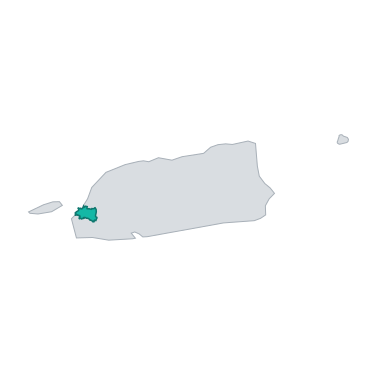 Naguabo, Puerto Rico (highlighted), rotated 168°
{"feature_id": "32010507B83389329504851", "entity_name": "Naguabo", "entity_type": "district", "adm_level": 2, "iso_a3": "PRI", "parent_name": "Puerto Rico", "parent_adm1": "", "projection": "robinson", "projection_center": [-65.745, 18.235], "detail": "fine", "context": "in_parent", "style": "filled", "palette": "teal", "viewbox_px": 384, "rotation_deg": 168, "n_neighbors": 0, "source": "geoboundaries", "source_scale": "gbopen_adm2", "svg_char_len": 3216}
<svg xmlns="http://www.w3.org/2000/svg" viewBox="0 0 384 384"><g transform="rotate(168 192 192)"><path d="M252.4,162.0L256.3,164.8L260.0,164.4L257.0,158.6L259.8,158.6L283.5,162.2L298.8,168.2L314.6,171.1L315.5,190.9L303.4,198.9L295.5,207.1L289.1,217.3L272.1,229.1L251.6,232.7L238.0,233.0L233.0,232.6L228.0,230.6L217.7,232.5L205.0,227.3L194.2,228.6L172.6,227.4L164.5,231.9L156.7,232.9L149.1,232.1L142.6,230.1L126.6,230.2L119.8,226.3L122.7,203.7L122.9,193.5L119.0,185.1L114.7,179.7L111.6,173.5L117.9,169.3L123.1,163.3L124.7,154.3L130.4,152.0L137.0,151.0L167.6,155.2L245.1,157.6L249.5,158.3L252.4,162.0ZM339.8,210.4L330.1,211.3L323.7,210.1L321.6,205.9L333.4,201.9L347.2,202.5L355.0,204.9L356.0,206.5L339.8,210.4ZM36.0,216.9L34.8,217.1L33.7,216.9L33.1,216.5L32.3,215.2L28.8,213.1L28.0,211.1L28.8,209.1L30.2,208.2L37.4,208.0L38.2,208.2L39.6,209.6L39.6,210.7L38.9,211.6L37.6,214.1L37.1,214.8L36.7,215.4L36.5,216.5L36.0,216.9Z" fill="#d9dde1" stroke="#a8b0b8" stroke-width="1"/><path d="M297.4,185.5L296.8,185.4L296.5,185.3L296.4,185.1L295.8,184.6L295.6,184.3L295.5,184.0L295.2,183.5L294.7,183.5L294.5,183.3L294.2,183.2L294.0,183.4L294.0,183.8L293.9,184.2L293.5,184.1L293.4,184.3L293.3,184.1L293.0,184.1L292.8,184.3L292.6,184.4L292.4,184.2L292.1,184.2L291.9,184.1L291.6,184.6L291.3,185.1L291.0,185.6L290.9,185.7L290.8,186.0L290.6,186.2L290.6,186.4L290.3,186.5L290.4,187.1L290.8,187.3L291.4,188.0L291.2,188.6L291.2,188.8L291.2,189.5L290.9,189.9L290.7,190.3L290.5,190.8L290.4,190.9L289.7,192.6L289.7,192.9L289.5,194.3L289.4,194.9L290.1,196.8L290.3,196.8L290.4,196.6L290.8,196.3L290.9,196.2L291.1,196.1L291.8,196.3L292.4,196.2L292.7,196.4L292.9,196.4L293.3,196.6L293.4,196.4L293.6,196.4L293.9,196.1L294.1,196.0L294.4,196.3L294.9,196.4L295.1,196.4L295.4,196.6L295.6,196.8L295.8,196.8L296.2,197.0L296.5,197.0L296.8,197.2L297.2,197.2L297.5,197.2L297.9,197.5L298.2,197.6L298.0,198.4L297.5,199.5L299.0,200.2L299.4,200.3L299.5,200.2L299.9,199.7L300.3,199.6L300.6,199.5L300.6,200.2L300.7,200.3L300.9,200.7L301.1,200.1L301.6,199.5L302.0,199.3L302.2,199.1L302.6,198.8L302.7,198.7L303.3,198.4L303.6,198.5L304.0,198.6L304.4,198.9L304.7,199.4L304.8,199.4L305.2,199.3L305.3,199.2L305.8,199.4L306.0,199.5L306.4,200.0L306.8,199.8L306.6,199.3L306.5,198.7L306.6,198.2L306.6,197.9L306.8,197.6L307.4,197.3L307.5,197.2L307.8,197.1L308.4,196.9L309.1,196.8L309.6,196.4L310.0,196.0L310.3,195.9L310.5,195.9L310.6,195.7L310.2,195.2L310.1,194.9L310.4,194.8L310.7,194.4L310.8,194.0L311.0,193.7L310.9,193.5L310.4,193.4L309.8,193.7L309.4,193.7L309.2,193.6L309.1,193.3L309.0,193.2L308.7,193.4L308.5,193.1L308.2,193.1L307.7,192.6L307.2,192.4L307.3,192.2L307.0,192.1L307.1,191.9L306.6,191.5L306.6,191.4L306.8,191.3L307.0,191.0L307.4,190.4L307.7,190.2L307.9,189.6L307.7,189.3L307.2,189.6L306.6,189.7L306.4,189.5L306.4,189.2L306.1,188.9L305.7,188.8L305.4,188.5L305.2,188.6L305.0,188.9L304.6,188.9L304.2,189.0L304.0,188.8L303.6,188.7L303.5,188.8L303.3,188.7L303.0,188.8L303.1,189.4L303.1,189.5L302.0,189.4L301.7,189.2L301.3,188.9L301.2,188.7L300.8,188.3L300.6,188.2L300.1,188.2L299.8,188.0L299.6,188.0L299.0,187.7L298.7,187.3L298.3,187.0L298.0,186.7L297.8,186.2L297.6,186.1L297.7,185.8L297.4,185.5Z" fill="#14b8a6" stroke="#0f766e" stroke-width="1.5"/></g></svg>